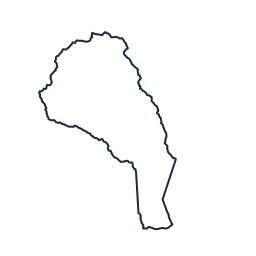 the district of Chorrochó, Bahia, Brazil, rotated 139°
{"feature_id": "56859067B48761296402275", "entity_name": "Chorrochó", "entity_type": "district", "adm_level": 2, "iso_a3": "BRA", "parent_name": "Brazil", "parent_adm1": "Bahia", "projection": "albers", "projection_center": [-39.189, -9.189], "detail": "fine", "context": "isolated", "style": "outline", "palette": "slate", "viewbox_px": 256, "rotation_deg": 139, "n_neighbors": 0, "source": "geoboundaries", "source_scale": "gbopen_adm2", "svg_char_len": 5902}
<svg xmlns="http://www.w3.org/2000/svg" viewBox="0 0 256 256"><g transform="rotate(139 128 128)"><path d="M157.7,26.2L157.6,27.1L157.5,27.8L157.3,28.5L156.8,30.3L156.5,31.2L156.3,31.9L156.1,32.6L155.5,34.2L155.1,34.8L154.6,35.5L154.1,36.0L154.0,36.9L153.8,37.9L153.5,38.9L148.8,51.3L143.7,54.4L112.9,72.7L112.3,73.3L112.6,74.5L113.4,75.4L113.8,76.4L113.6,77.4L113.4,79.6L113.4,81.0L113.6,81.7L113.7,82.6L113.5,83.5L112.3,85.9L112.1,86.5L111.7,87.1L111.2,87.6L110.4,88.1L110.1,89.1L110.1,90.1L110.2,91.2L110.3,92.1L110.1,92.7L109.2,93.1L108.3,93.6L107.7,94.4L106.7,95.2L106.1,95.7L105.4,95.8L104.6,96.3L103.9,97.1L102.5,99.3L102.4,100.3L102.2,101.5L101.3,103.6L100.7,105.6L100.2,106.5L100.0,107.1L99.8,108.4L99.7,109.3L99.8,110.2L98.9,110.6L98.4,111.2L97.9,112.1L97.5,112.7L97.1,113.5L96.7,114.5L96.9,115.6L96.7,116.6L96.0,117.4L95.9,118.2L96.2,118.9L96.4,119.7L96.1,120.5L95.4,120.8L94.0,121.0L93.4,122.0L93.0,122.9L92.5,123.8L92.1,125.1L92.0,125.9L92.3,126.5L92.5,127.3L92.6,128.3L92.4,129.3L92.2,130.5L92.5,131.3L92.4,132.8L92.1,133.4L91.6,133.8L90.8,134.5L90.4,135.5L89.8,136.1L90.2,136.9L90.5,138.0L90.8,138.8L91.3,139.6L91.9,140.4L91.8,141.2L91.4,141.9L91.4,142.8L91.7,143.7L91.7,144.7L92.0,145.5L92.3,146.4L92.4,147.3L92.4,148.5L93.1,149.5L92.9,150.2L92.2,150.5L91.6,150.7L91.3,151.7L91.8,152.7L91.3,153.4L90.9,154.5L90.6,155.4L89.8,156.0L88.9,156.5L87.9,156.7L86.1,156.9L85.6,157.3L85.6,158.0L85.2,158.8L84.7,159.5L85.4,161.4L84.5,162.3L84.1,163.4L83.6,164.2L83.2,164.8L82.4,165.5L82.0,166.3L82.1,167.1L82.4,167.7L82.6,168.3L82.6,169.0L82.8,169.7L82.9,170.7L82.8,171.7L82.9,172.4L83.2,173.0L83.1,173.8L82.8,174.7L82.2,176.3L82.1,177.3L81.6,178.8L81.7,179.6L82.3,181.1L82.5,182.1L82.4,183.1L82.4,184.0L82.7,185.1L82.2,186.9L81.8,187.5L81.3,188.0L80.2,188.1L79.1,188.3L78.0,188.7L76.3,188.1L75.7,188.5L75.6,189.3L75.2,189.9L75.0,190.8L75.0,191.6L74.5,192.1L74.1,193.0L74.3,194.0L74.2,194.6L74.0,195.3L73.9,196.5L73.6,197.5L73.7,198.5L73.6,199.4L74.2,200.1L75.0,200.5L75.6,201.1L75.8,201.9L76.1,202.6L76.2,203.3L77.1,204.2L77.7,205.2L78.4,205.5L79.2,205.9L81.1,207.4L81.0,208.3L80.8,208.9L80.5,209.5L80.8,210.0L80.6,210.9L80.9,211.8L81.3,212.9L81.9,213.5L82.0,214.9L82.8,215.5L83.7,215.2L84.4,215.4L85.2,215.1L86.0,215.2L86.7,215.1L87.5,215.9L88.0,216.9L88.6,217.8L89.2,218.3L89.9,219.0L90.4,219.8L91.0,220.5L91.5,221.2L91.8,221.9L92.2,222.6L92.7,223.2L93.3,222.5L94.0,221.9L94.8,221.7L95.2,221.1L95.2,220.4L95.8,220.0L96.5,220.0L97.3,220.2L98.0,219.6L98.9,218.9L101.4,219.5L102.0,219.9L102.7,220.4L103.3,221.1L104.1,221.7L104.5,222.5L105.3,224.0L105.9,224.3L106.4,224.8L107.0,225.4L107.6,225.8L108.4,226.6L108.8,227.5L109.7,227.7L110.4,227.6L111.4,227.2L112.2,226.9L112.5,227.6L113.0,228.1L113.6,228.9L114.2,228.6L115.8,228.2L116.7,228.1L118.3,227.8L119.2,227.7L120.1,227.6L121.1,227.7L121.7,228.0L122.4,227.8L123.1,227.9L123.7,228.3L124.2,228.8L124.7,229.4L125.3,230.0L126.4,229.6L127.6,229.3L128.4,228.8L129.4,228.9L130.6,228.7L131.9,228.7L132.9,228.2L133.9,228.4L134.6,228.8L135.6,228.8L136.2,228.4L136.7,227.8L137.3,227.2L138.3,226.7L139.2,226.3L139.7,225.4L139.4,224.5L139.5,223.6L139.9,222.7L140.7,222.0L140.9,221.2L141.2,220.4L141.9,220.1L143.0,220.2L144.0,220.1L144.5,219.0L145.2,219.0L145.8,219.2L146.9,219.2L147.9,218.7L148.8,218.9L149.7,218.7L150.7,218.5L151.6,218.5L152.2,218.1L152.7,217.2L153.4,217.0L154.6,214.6L155.0,213.7L155.2,212.8L156.0,212.4L156.8,211.8L157.8,211.5L158.6,211.6L159.6,212.0L160.2,212.8L160.7,213.5L161.3,213.0L162.0,212.8L162.8,212.6L163.2,211.8L164.2,211.5L164.9,211.8L165.5,212.2L165.9,213.0L166.8,212.6L167.5,212.3L168.6,212.5L169.4,212.8L170.3,212.7L170.8,213.6L171.5,213.2L172.1,212.7L172.4,211.9L172.4,210.8L173.1,210.2L173.6,209.6L174.1,208.9L174.0,208.2L174.0,207.4L174.4,206.7L174.6,205.5L175.3,204.8L175.5,203.9L175.3,203.2L175.3,202.5L175.2,201.2L175.3,200.1L175.8,199.4L176.0,198.6L176.3,197.9L176.3,197.0L176.8,196.5L177.6,196.5L178.2,196.4L178.3,195.6L178.5,194.8L178.7,193.8L179.1,193.2L179.8,192.8L180.0,191.8L180.3,191.0L180.7,190.4L181.3,189.5L181.2,188.6L181.5,187.8L182.0,187.0L181.9,186.2L181.4,185.3L181.0,184.5L180.4,183.7L179.5,183.0L178.7,182.6L178.4,181.8L178.4,181.1L178.4,180.4L178.5,179.5L178.1,178.9L177.1,177.5L176.3,177.3L175.6,176.7L175.2,175.6L175.2,174.7L174.7,173.9L174.2,173.0L173.5,172.1L173.2,170.8L172.6,169.9L171.9,168.0L171.3,167.4L170.7,166.9L169.1,165.4L168.6,164.7L167.5,164.7L166.6,164.7L166.5,163.9L165.9,163.4L165.6,162.7L165.2,161.3L165.1,160.3L164.3,159.5L163.7,157.6L163.4,156.9L163.2,155.8L163.0,155.2L162.6,154.4L161.8,152.9L161.8,152.1L161.8,151.3L161.4,150.5L160.6,149.3L160.2,148.6L160.5,147.8L160.6,146.9L160.5,146.0L160.2,145.3L159.7,142.5L159.3,141.9L158.7,141.4L158.1,140.6L157.9,139.9L158.0,138.0L157.1,137.2L155.8,137.3L155.1,137.0L154.6,136.3L154.8,135.5L155.2,134.4L155.0,133.4L154.0,131.2L154.0,130.3L154.1,129.7L154.3,128.5L154.3,127.5L155.0,126.9L156.0,126.3L156.7,125.8L157.0,125.1L157.3,124.0L157.1,123.1L156.4,122.7L156.1,122.0L156.6,120.4L156.9,119.7L157.3,118.4L157.3,117.5L157.4,116.8L157.5,115.9L157.6,114.9L157.0,114.1L156.6,113.2L156.4,112.1L156.1,111.5L156.0,110.6L156.1,109.6L155.8,108.3L155.6,107.2L155.1,106.6L153.9,106.0L152.9,105.3L150.8,104.3L150.1,103.8L149.6,103.0L149.8,102.2L149.7,101.3L148.9,100.4L148.2,99.9L147.6,99.3L147.9,98.3L148.4,97.3L148.9,96.5L149.6,96.0L149.9,95.4L150.0,94.2L150.0,93.2L149.6,92.5L149.5,91.8L150.1,91.1L150.5,90.3L150.7,89.6L176.0,56.8L175.6,56.0L175.5,55.1L175.7,54.2L176.2,53.0L177.1,52.5L177.8,51.8L178.0,51.1L178.4,50.6L179.0,49.5L179.2,48.5L179.8,48.0L180.0,47.3L180.0,46.5L180.2,45.7L180.1,44.8L180.7,44.4L181.0,43.7L181.6,43.0L182.4,42.3L181.7,41.6L180.3,40.2L179.6,39.7L177.7,39.8L177.0,39.6L175.9,37.6L175.2,36.6L174.5,34.8L173.8,33.9L172.2,32.4L170.7,31.7L169.7,31.3L168.8,30.8L166.8,29.3L166.4,28.3L165.6,27.5L164.6,26.9L163.7,26.5L162.6,26.2L160.4,26.3L158.9,26.0L157.7,26.2Z" fill="none" stroke="#1e293b" stroke-width="2"/></g></svg>